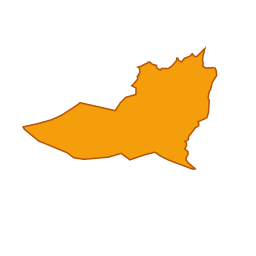 San Juan Chicomezúchil, Oaxaca, Mexico, rotated 74°
{"feature_id": "50627088B29629326931919", "entity_name": "San Juan Chicomezúchil", "entity_type": "district", "adm_level": 2, "iso_a3": "MEX", "parent_name": "Mexico", "parent_adm1": "Oaxaca", "projection": "natural_earth1", "projection_center": [-96.512, 17.275], "detail": "fine", "context": "isolated", "style": "filled", "palette": "amber", "viewbox_px": 256, "rotation_deg": 74, "n_neighbors": 0, "source": "geoboundaries", "source_scale": "gbopen_adm2", "svg_char_len": 1473}
<svg xmlns="http://www.w3.org/2000/svg" viewBox="0 0 256 256"><g transform="rotate(74 128 128)"><path d="M107.7,34.6L101.9,28.3L97.2,27.4L94.6,27.7L93.5,29.2L93.3,31.0L92.3,34.0L92.2,35.5L91.2,37.4L89.5,38.8L88.6,39.0L87.7,38.2L86.0,37.8L83.2,37.6L79.5,36.1L72.8,32.2L78.2,42.1L77.7,44.0L76.1,45.1L75.3,45.3L74.7,45.4L74.3,45.9L76.0,48.5L76.6,54.7L79.3,58.1L77.1,60.7L74.7,60.8L74.3,61.9L76.9,63.1L80.7,69.0L81.9,73.0L80.0,79.4L81.2,80.7L79.3,83.0L77.7,83.8L76.7,83.7L75.7,83.3L73.5,87.0L72.9,87.5L71.4,88.4L70.6,88.8L70.3,90.9L71.0,91.6L71.2,93.8L71.8,97.1L72.2,97.6L72.2,98.7L72.2,101.7L73.0,101.0L74.3,100.7L77.5,101.0L78.6,101.9L79.2,103.1L80.1,103.0L80.5,103.8L81.1,105.1L82.2,104.7L83.6,105.3L85.7,108.2L87.4,110.7L88.4,112.8L91.8,109.2L97.9,111.2L97.9,121.8L101.9,128.7L107.8,135.5L90.5,167.1L91.8,170.3L94.0,177.1L97.5,188.9L98.4,194.5L99.0,199.3L99.0,212.7L98.0,228.6L100.9,227.8L116.2,217.2L116.8,216.2L134.9,193.4L141.8,188.2L146.0,178.8L149.7,159.6L150.6,155.0L150.5,141.7L157.4,136.2L159.1,135.1L158.4,119.3L158.6,109.1L160.6,107.1L163.4,105.0L170.2,97.6L171.6,95.7L171.8,95.5L185.5,77.0L185.7,74.7L178.3,79.6L174.6,80.9L173.1,80.6L169.8,77.5L167.1,76.9L163.8,79.2L161.2,76.6L158.4,76.0L156.5,76.9L156.3,74.7L155.6,72.9L153.1,72.3L146.3,63.1L145.5,59.7L143.2,58.6L141.3,59.1L141.1,57.4L140.0,49.5L138.1,48.2L135.6,46.5L123.9,42.3L121.4,42.8L117.9,41.2L117.1,40.7L115.3,39.8L114.0,38.2L107.7,34.6Z" fill="#f59e0b" stroke="#b45309" stroke-width="1.5"/></g></svg>